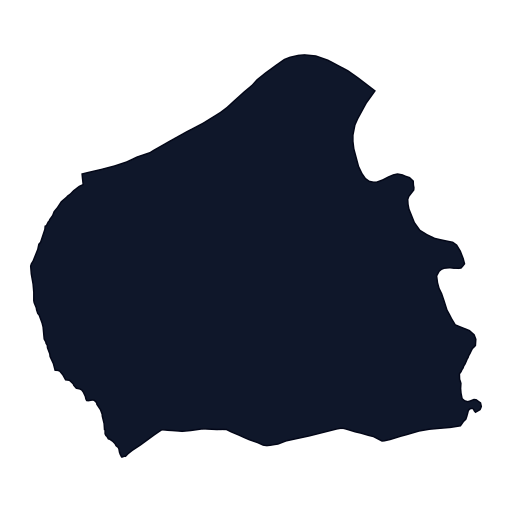 outline of Oussouye, Ziguinchor, Senegal
{"feature_id": "50182788B11051302290888", "entity_name": "Oussouye", "entity_type": "district", "adm_level": 2, "iso_a3": "SEN", "parent_name": "Senegal", "parent_adm1": "Ziguinchor", "projection": "mercator", "projection_center": [-16.597, 12.494], "detail": "fine", "context": "isolated", "style": "filled", "palette": "ink", "viewbox_px": 512, "rotation_deg": 0, "n_neighbors": 0, "source": "geoboundaries", "source_scale": "gbopen_adm2", "svg_char_len": 3495}
<svg xmlns="http://www.w3.org/2000/svg" viewBox="0 0 512 512"><path d="M82.1,174.0L82.5,178.3L83.2,184.6L79.3,186.4L73.7,190.7L70.4,194.1L67.6,196.1L66.7,197.2L61.4,201.7L57.4,207.8L54.2,211.6L52.7,215.5L49.9,219.4L49.0,221.4L48.3,221.9L46.4,225.7L45.2,226.2L44.9,229.4L40.6,242.3L38.9,244.2L37.8,249.4L33.1,261.1L31.4,263.8L30.7,266.1L31.3,273.9L33.1,284.1L33.8,292.3L33.8,300.6L34.2,302.7L36.3,307.8L36.6,309.8L37.8,313.4L39.2,315.1L42.1,323.0L43.1,327.0L44.2,339.0L45.8,341.9L46.1,343.4L47.3,345.3L47.5,347.8L49.8,353.8L50.1,356.5L53.4,363.6L55.1,370.2L57.9,370.4L59.8,371.1L62.9,374.9L65.6,379.8L69.5,380.3L73.2,383.8L73.8,385.3L76.3,388.2L79.7,388.9L81.7,389.9L83.4,392.2L85.4,396.5L85.9,398.9L86.7,400.5L88.3,400.7L92.2,400.0L94.1,400.2L96.2,402.2L96.8,403.3L96.9,404.3L100.5,409.7L102.2,414.3L102.3,416.1L104.1,423.5L104.5,429.5L105.1,429.6L105.1,433.8L106.0,435.6L106.9,436.3L108.4,438.9L109.7,439.2L112.9,441.4L115.1,443.7L116.1,445.7L118.2,447.4L118.9,448.8L119.5,452.2L120.4,454.7L121.6,456.1L121.2,456.2L121.4,456.6L121.9,457.1L124.4,456.2L125.5,456.3L128.0,453.7L132.3,450.3L140.5,444.9L154.3,434.8L159.4,431.3L161.7,429.8L164.3,429.9L168.3,430.3L172.0,430.5L178.8,431.0L182.1,431.3L190.8,430.5L201.3,429.0L205.1,428.9L208.7,429.1L216.8,429.5L222.7,429.4L226.5,429.5L231.1,431.8L239.0,435.1L244.0,437.4L249.3,439.7L257.7,442.6L263.2,445.1L266.8,445.6L270.5,445.2L274.0,444.6L278.0,444.0L286.0,440.9L296.1,438.7L309.2,435.9L336.9,428.9L340.3,428.3L343.2,428.3L345.3,428.8L348.7,429.8L355.2,431.8L360.9,433.1L368.7,435.4L373.4,436.5L382.0,441.0L384.3,440.8L390.1,439.5L400.7,436.2L406.7,434.6L419.0,431.0L429.5,429.2L439.5,428.3L450.4,427.4L460.4,425.8L463.5,421.4L464.9,420.1L465.8,419.2L466.7,416.6L467.3,414.4L467.4,414.1L468.3,410.6L469.4,409.3L470.5,408.6L472.4,408.4L473.5,409.1L474.3,410.8L475.5,412.2L479.2,410.1L480.0,409.6L480.7,408.1L481.3,406.5L480.5,402.9L478.9,401.8L476.2,399.8L474.0,399.5L470.2,401.0L467.7,401.7L464.6,400.8L462.1,398.7L461.0,393.2L460.6,388.5L460.9,383.4L460.3,381.3L459.6,379.4L459.4,374.0L459.8,373.3L461.0,371.7L462.0,369.5L463.0,368.1L463.8,365.8L464.9,364.2L465.5,362.9L466.2,361.3L467.1,359.1L467.4,358.5L468.0,357.7L468.5,356.1L469.3,354.5L470.0,353.4L470.3,352.6L470.8,351.7L471.4,350.3L471.9,349.6L472.1,348.8L474.3,346.7L475.4,345.5L475.7,340.7L475.8,339.3L474.1,334.8L469.4,330.6L458.4,326.2L457.8,325.9L455.2,324.9L453.5,322.0L451.6,318.9L449.3,314.4L446.9,310.0L444.0,300.8L441.6,293.7L439.0,288.4L437.5,282.8L436.6,275.9L439.1,271.2L441.4,269.3L444.1,268.2L449.9,267.7L453.9,268.2L456.2,268.2L458.6,268.3L461.0,268.0L462.7,266.1L464.5,263.8L463.2,258.7L460.3,251.2L456.6,245.1L452.7,242.3L445.8,240.9L440.2,239.7L434.6,238.4L426.9,234.7L425.6,233.9L419.8,230.3L414.3,222.6L411.2,214.8L408.9,209.1L408.0,204.3L407.7,199.4L408.8,196.3L413.7,190.0L413.9,187.7L413.4,185.1L413.2,181.1L409.5,177.6L405.5,176.3L402.3,174.9L397.5,174.0L393.4,174.9L388.4,177.0L382.8,179.9L376.6,182.2L373.4,182.2L369.1,181.3L365.3,178.5L361.9,173.6L358.5,166.5L353.8,148.9L352.9,141.4L352.9,135.1L354.9,124.9L357.7,118.6L362.5,109.8L366.2,103.0L371.9,95.1L374.9,90.9L358.2,78.1L348.0,70.9L327.8,60.2L315.8,56.0L304.5,54.9L298.4,55.4L290.0,57.3L284.4,59.5L276.8,64.8L265.7,72.9L257.1,79.8L252.4,85.1L244.4,91.8L234.2,101.0L227.0,107.6L220.5,112.5L202.9,123.4L187.1,131.6L170.7,140.7L153.3,150.6L152.7,151.0L150.5,152.4L150.2,152.6L137.2,157.0L126.6,162.0L114.2,166.1L100.3,169.7L87.8,172.6L82.1,174.0Z" fill="#0f172a" stroke="#020617" stroke-width="1.5"/></svg>